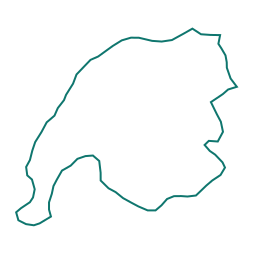 the district of Stylloi, Cyprus, rotated 94°
{"feature_id": "46923920B22969958505776", "entity_name": "Stylloi", "entity_type": "district", "adm_level": 2, "iso_a3": "CYP", "parent_name": "Cyprus", "parent_adm1": "", "projection": "natural_earth1", "projection_center": [33.836, 35.162], "detail": "fine", "context": "isolated", "style": "outline", "palette": "teal", "viewbox_px": 256, "rotation_deg": 94, "n_neighbors": 0, "source": "geoboundaries", "source_scale": "gbopen_adm2", "svg_char_len": 1189}
<svg xmlns="http://www.w3.org/2000/svg" viewBox="0 0 256 256"><g transform="rotate(94 128 128)"><path d="M79.3,22.3L71.5,29.1L61.0,33.6L55.5,34.1L48.8,35.8L42.2,40.3L37.7,43.7L28.9,42.6L29.4,52.1L29.4,61.7L24.4,70.7L30.0,79.1L37.2,90.3L39.4,100.4L39.4,110.0L37.2,123.5L37.7,131.4L41.0,140.3L47.1,148.8L52.7,155.5L58.8,162.8L62.6,170.1L68.7,175.2L78.2,183.1L87.6,185.9L99.2,192.1L104.7,193.8L113.0,199.4L120.8,202.2L128.0,209.5L138.0,214.0L148.5,219.6L157.3,221.9L166.8,223.6L174.0,226.9L182.3,225.2L186.1,220.2L195.6,216.8L203.9,217.9L208.9,220.7L215.5,229.2L219.9,233.7L227.7,230.9L231.0,223.0L231.6,215.1L229.3,209.5L221.7,198.7L214.9,201.1L207.7,201.6L198.9,199.4L191.1,198.3L184.5,195.4L175.1,190.9L169.5,182.5L162.3,176.3L159.0,168.5L157.9,161.1L162.9,154.4L174.5,152.2L182.3,151.6L189.5,143.2L192.8,135.9L198.3,128.0L202.2,119.6L205.5,112.2L208.8,102.7L208.3,94.8L202.8,89.2L196.1,84.1L192.8,77.4L192.2,70.1L192.2,63.9L190.6,55.5L185.0,50.4L180.0,45.9L174.5,40.3L168.4,32.4L160.7,28.5L155.7,31.3L148.5,39.2L145.2,44.8L139.6,50.4L135.2,46.5L135.2,37.5L125.2,33.0L115.3,35.8L108.1,40.3L96.4,47.1L87.6,35.8L82.6,30.8L79.3,22.3Z" fill="none" stroke="#0f766e" stroke-width="2"/></g></svg>